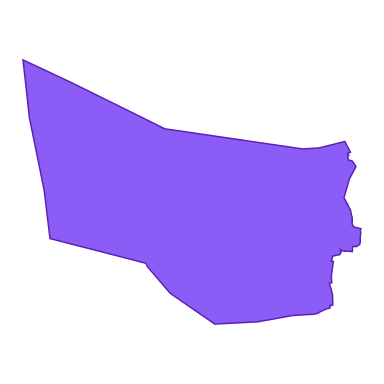 the district of Magdalena Tlacotepec, Oaxaca, Mexico
{"feature_id": "50627088B48372928795218", "entity_name": "Magdalena Tlacotepec", "entity_type": "district", "adm_level": 2, "iso_a3": "MEX", "parent_name": "Mexico", "parent_adm1": "Oaxaca", "projection": "albers", "projection_center": [-95.197, 16.516], "detail": "fine", "context": "isolated", "style": "filled", "palette": "violet", "viewbox_px": 384, "rotation_deg": 0, "n_neighbors": 0, "source": "geoboundaries", "source_scale": "gbopen_adm2", "svg_char_len": 1597}
<svg xmlns="http://www.w3.org/2000/svg" viewBox="0 0 384 384"><path d="M23.0,59.9L26.8,93.8L29.3,117.2L44.2,190.4L50.0,238.6L100.0,251.4L146.0,263.3L147.4,266.6L170.2,293.3L214.8,324.1L257.9,321.8L292.0,315.6L308.5,314.5L313.3,314.3L315.6,313.9L317.9,313.2L319.5,312.2L323.3,310.3L325.0,309.5L327.8,308.5L328.4,308.3L329.5,308.4L329.8,308.2L330.0,307.9L330.2,305.2L330.5,305.0L331.5,305.3L332.0,305.3L332.8,305.1L332.8,302.2L332.6,299.0L332.6,295.5L332.3,293.8L331.4,290.6L331.2,289.3L330.9,288.2L330.3,286.7L329.4,283.1L329.6,283.1L331.8,282.8L331.4,278.2L331.5,274.2L332.0,271.6L332.2,269.1L332.3,268.8L332.6,266.9L333.0,263.7L333.4,261.4L331.3,261.1L332.9,255.9L335.7,255.5L335.9,255.4L337.6,255.0L339.6,254.8L340.6,252.8L341.1,252.3L341.1,251.0L340.9,251.0L340.4,251.0L340.4,249.5L341.2,250.4L344.8,251.4L346.9,251.1L350.5,251.4L352.3,251.6L352.4,250.2L352.5,248.7L352.4,248.5L352.9,246.5L355.2,246.5L356.9,246.6L358.0,245.5L359.8,244.5L359.8,243.9L360.2,242.4L360.3,241.2L360.3,239.7L360.3,237.8L360.2,237.7L360.1,237.3L360.4,236.1L360.7,233.9L360.7,232.1L360.4,230.8L360.5,230.1L360.9,229.0L361.0,228.8L353.8,226.9L352.1,224.1L352.2,222.1L352.3,220.3L352.1,217.0L352.0,216.8L351.3,214.6L350.5,210.2L348.6,206.6L347.8,204.8L347.6,204.3L347.6,203.9L346.9,203.2L345.5,200.4L344.0,197.7L347.2,186.5L347.3,186.4L349.3,179.2L356.0,166.5L355.9,166.4L352.8,161.7L351.7,160.6L348.7,160.3L348.4,158.8L347.8,158.3L348.1,155.2L348.7,155.1L347.4,153.5L350.4,152.3L344.9,141.5L318.4,148.0L302.3,148.9L164.8,128.8L138.0,115.5L72.2,83.0L23.0,59.9Z" fill="#8b5cf6" stroke="#5b21b6" stroke-width="1.5"/></svg>